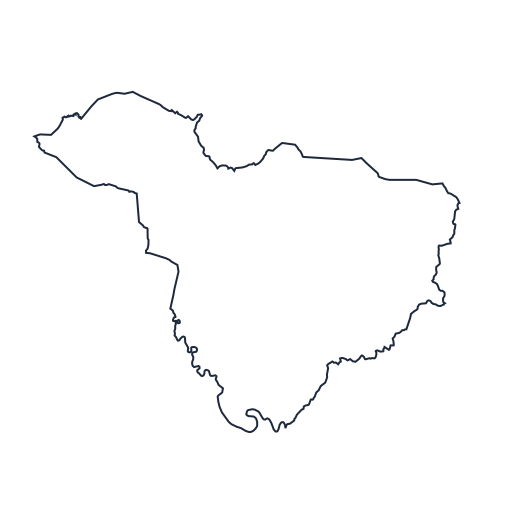 outline of Ia Pa, Gia Lai, Vietnam, rotated 354°
{"feature_id": "81297802B8571934498047", "entity_name": "Ia Pa", "entity_type": "district", "adm_level": 2, "iso_a3": "VNM", "parent_name": "Vietnam", "parent_adm1": "Gia Lai", "projection": "natural_earth1", "projection_center": [108.51, 13.527], "detail": "fine", "context": "isolated", "style": "outline", "palette": "slate", "viewbox_px": 512, "rotation_deg": 354, "n_neighbors": 0, "source": "geoboundaries", "source_scale": "gbopen_adm2", "svg_char_len": 6084}
<svg xmlns="http://www.w3.org/2000/svg" viewBox="0 0 512 512"><g transform="rotate(354 256 256)"><path d="M267.3,430.3L268.5,427.6L269.6,426.5L272.3,426.3L276.8,423.6L277.2,422.0L278.2,421.2L280.1,418.1L285.3,413.6L287.2,413.1L287.9,410.6L289.4,409.9L292.6,409.6L293.2,409.1L295.4,404.6L296.0,404.4L297.2,404.8L297.8,404.6L298.5,403.3L299.6,402.2L301.7,398.0L304.3,396.1L306.8,392.1L311.6,389.2L314.1,384.1L314.1,381.5L316.0,375.1L315.3,372.1L316.7,370.9L321.0,368.9L322.4,370.3L324.3,370.3L326.4,372.3L327.7,370.6L329.3,369.9L328.9,366.7L330.6,366.4L331.6,366.5L334.6,367.9L336.0,369.4L338.9,368.4L341.3,370.8L343.8,371.6L348.0,368.9L349.8,366.7L351.0,366.0L351.5,366.2L352.9,367.8L353.5,369.8L354.2,370.2L358.0,369.5L359.2,370.1L360.7,369.6L362.9,370.2L363.6,370.0L364.5,368.9L365.4,366.6L365.6,364.6L365.1,363.3L365.3,362.9L366.8,362.5L369.7,364.1L372.6,364.1L372.8,363.9L373.0,361.9L373.9,361.1L374.3,359.9L378.4,363.2L379.2,362.5L380.5,359.0L383.5,359.3L383.8,358.2L383.7,354.7L383.3,352.3L385.2,350.8L386.8,347.8L390.3,347.5L392.0,346.6L393.6,345.1L395.4,345.2L396.5,344.6L397.9,344.6L402.8,333.9L404.1,329.8L407.6,327.5L410.7,326.0L411.2,325.3L411.5,323.5L413.1,321.4L415.4,320.7L420.1,320.8L421.8,318.5L423.0,318.2L423.6,318.3L425.0,319.3L425.9,321.1L426.7,321.5L427.1,322.1L430.1,323.1L431.2,324.2L432.7,324.8L434.2,325.0L437.8,323.8L438.0,323.1L438.9,322.7L437.7,321.7L437.3,320.6L437.6,317.7L439.4,315.2L439.7,312.4L439.5,311.7L437.8,310.1L436.1,309.9L434.7,308.7L433.7,304.4L433.0,302.7L430.8,300.9L429.5,300.5L428.7,299.0L430.2,297.7L430.5,295.8L431.3,294.5L432.7,293.5L433.8,291.8L434.0,290.9L433.7,289.2L433.9,286.6L434.2,285.7L437.7,283.3L438.1,282.7L438.0,277.8L437.4,274.1L438.0,272.7L438.0,270.9L438.5,268.5L438.5,265.9L438.9,265.0L439.3,264.7L440.7,265.1L442.3,265.1L447.6,263.9L450.9,263.8L451.0,262.6L450.5,259.9L453.4,257.9L454.3,256.0L455.5,254.7L455.9,251.3L456.9,248.7L457.6,245.6L457.5,245.3L455.9,244.8L455.6,244.4L455.3,242.4L457.0,240.1L458.7,232.4L460.0,230.9L462.1,230.3L461.6,227.6L461.8,226.2L462.9,224.7L463.9,224.5L462.5,220.5L461.4,218.5L456.1,214.3L453.8,213.6L452.7,211.5L451.6,208.3L450.1,205.9L449.0,203.3L438.9,203.2L423.2,197.0L397.0,194.3L392.7,193.1L386.7,190.2L386.2,189.6L386.0,187.4L385.5,186.2L375.8,175.4L371.1,169.6L361.6,170.5L313.8,162.5L312.9,162.1L312.4,159.8L311.1,156.5L309.4,154.5L308.5,152.3L306.5,149.4L295.0,146.6L293.6,146.4L285.9,151.4L284.0,153.0L282.8,152.9L279.6,151.9L278.9,152.1L277.0,153.9L276.4,155.8L274.8,157.1L273.1,160.0L270.0,162.9L268.1,164.2L264.8,165.4L263.8,163.7L263.2,163.4L261.7,164.5L258.6,164.4L256.3,165.6L252.0,166.5L245.2,166.5L244.5,166.9L243.3,169.1L241.3,166.0L239.7,165.4L237.6,166.2L237.5,165.1L236.7,163.8L235.4,162.9L231.9,162.4L229.3,162.9L226.8,164.8L225.5,161.7L222.8,157.8L220.6,155.5L220.2,154.3L220.1,152.4L219.7,151.9L216.7,151.3L215.9,150.4L214.5,148.0L214.5,147.2L215.4,145.2L215.2,142.8L213.1,140.8L210.9,136.1L210.8,131.3L208.0,126.5L207.7,125.5L207.9,124.4L209.4,122.6L209.5,121.2L211.3,117.1L213.7,115.5L214.8,113.1L216.9,111.1L217.1,110.6L216.0,108.6L216.0,109.5L212.8,109.5L211.7,111.3L209.0,113.6L207.6,114.2L206.0,113.5L203.1,109.9L201.0,111.3L200.2,111.2L195.9,107.9L193.4,106.5L193.3,105.3L192.5,104.3L190.6,105.6L187.5,102.0L187.2,102.2L187.0,103.1L184.5,102.5L178.7,98.1L177.0,96.0L175.6,94.9L158.3,85.0L150.6,79.9L142.2,80.9L135.1,79.2L133.2,79.2L129.6,79.8L115.1,83.8L108.0,89.9L96.4,101.3L96.0,101.0L95.8,99.4L95.5,99.4L95.2,100.2L94.6,99.9L94.7,99.0L94.0,98.6L94.3,96.9L92.9,95.2L91.5,95.3L91.4,96.5L90.6,95.9L89.5,96.1L89.1,96.6L89.3,97.3L89.1,97.7L86.4,97.1L85.4,97.7L84.1,96.7L83.7,97.0L83.4,97.9L82.2,97.7L81.5,98.2L80.0,97.3L79.0,98.1L78.1,98.2L78.1,100.3L73.7,106.8L72.1,108.6L64.8,114.1L53.9,112.5L48.1,113.9L49.8,115.3L50.7,116.8L50.4,119.6L51.8,120.5L52.4,121.5L52.2,123.0L51.6,124.3L51.7,125.1L53.7,127.7L54.6,128.7L56.2,129.1L56.5,131.0L67.7,136.8L85.8,159.1L102.2,169.6L110.1,169.0L111.9,168.5L112.4,168.6L113.1,169.5L114.5,169.8L117.2,169.2L123.9,172.1L125.0,173.5L126.1,174.2L135.6,177.4L136.3,177.8L136.7,178.9L138.2,178.7L139.7,179.0L141.3,179.7L141.7,180.5L143.9,181.4L143.2,210.0L146.8,213.8L147.5,215.4L149.3,216.5L150.5,216.7L151.0,217.6L150.2,226.1L150.2,227.5L150.8,228.8L150.1,233.9L149.0,237.3L147.2,239.1L147.0,241.4L150.9,242.2L166.1,248.8L169.5,250.8L171.1,252.6L176.9,256.7L177.3,263.5L171.3,280.7L169.9,285.7L165.3,299.4L167.6,301.6L167.9,303.8L169.1,305.6L169.6,307.9L169.5,308.3L168.1,308.5L166.8,310.6L166.7,311.6L167.7,312.3L169.8,312.1L171.1,312.6L172.1,311.5L172.6,311.6L173.3,312.6L173.3,314.3L172.7,314.7L171.4,314.7L170.2,313.6L169.3,313.8L169.0,315.6L168.3,317.2L168.1,319.8L167.0,322.2L167.3,324.7L166.7,326.6L167.9,328.1L169.0,331.3L169.6,332.1L170.9,331.8L172.1,330.3L174.3,328.7L175.4,328.5L176.5,329.1L176.8,330.1L176.6,334.7L178.8,339.7L178.8,341.0L178.2,343.3L178.6,344.4L180.0,344.9L181.2,344.5L181.8,343.4L182.0,340.4L182.9,339.9L185.3,340.1L186.8,340.9L187.5,341.9L187.5,343.5L186.6,344.9L183.1,345.3L182.3,346.4L182.2,347.6L183.0,349.5L183.0,350.5L182.8,351.9L181.4,354.9L181.2,356.6L181.6,358.6L182.8,360.0L187.3,359.4L188.2,360.1L188.1,361.8L185.7,363.4L185.5,364.7L186.1,365.9L187.1,366.7L188.9,369.3L190.1,369.8L191.4,369.2L192.4,367.4L192.8,365.2L193.7,364.2L194.5,364.0L196.1,364.6L197.2,365.5L197.8,369.4L198.5,370.4L200.1,370.7L203.0,370.4L204.0,371.2L204.0,372.4L203.3,373.4L203.1,374.8L204.4,377.3L205.2,379.9L205.6,380.6L209.3,384.1L208.2,387.9L207.6,388.6L204.2,390.6L203.2,391.7L203.3,397.0L204.0,402.2L205.7,407.9L211.6,418.2L214.1,420.8L219.1,423.9L222.9,425.5L227.5,428.9L229.9,430.0L230.9,430.4L232.9,430.4L235.5,429.3L237.9,427.2L239.4,425.1L239.8,421.2L239.3,418.3L238.5,416.8L236.9,415.4L231.7,414.4L230.1,413.1L229.8,412.4L230.7,409.8L231.4,408.9L232.3,408.4L236.4,408.0L238.8,408.7L242.2,411.0L243.0,412.1L245.3,417.3L246.4,419.1L247.9,419.7L249.4,418.9L250.5,418.7L252.2,420.0L253.8,423.7L255.5,430.3L257.0,432.5L258.3,432.8L259.1,432.4L260.3,430.6L261.8,426.5L263.3,424.6L264.3,424.0L265.8,424.2L266.7,425.5L267.2,427.4L267.3,430.3Z" fill="none" stroke="#1e293b" stroke-width="2"/></g></svg>